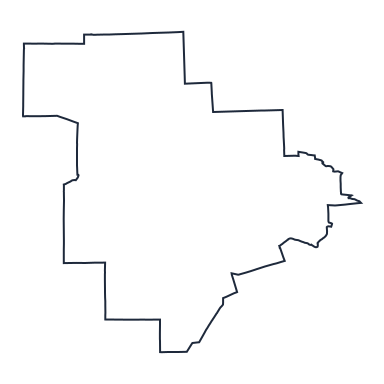 the district of Gogosari, Giurgiu, Romania
{"feature_id": "2599482B84507417435339", "entity_name": "Gogosari", "entity_type": "district", "adm_level": 2, "iso_a3": "ROU", "parent_name": "Romania", "parent_adm1": "Giurgiu", "projection": "equal_earth", "projection_center": [25.692, 43.875], "detail": "fine", "context": "isolated", "style": "outline", "palette": "slate", "viewbox_px": 384, "rotation_deg": 0, "n_neighbors": 0, "source": "geoboundaries", "source_scale": "gbopen_adm2", "svg_char_len": 5704}
<svg xmlns="http://www.w3.org/2000/svg" viewBox="0 0 384 384"><path d="M202.3,336.7L204.6,332.6L206.1,329.8L207.2,328.2L208.8,325.5L208.9,325.3L209.1,325.0L209.8,324.0L211.7,320.9L212.4,320.0L212.5,319.7L214.0,317.5L215.2,315.6L216.0,314.4L216.2,314.0L216.4,313.7L217.1,312.9L217.5,312.1L218.8,310.0L219.7,308.5L220.2,307.8L220.5,307.4L221.5,306.4L222.3,305.5L222.9,304.7L223.0,304.5L223.0,304.2L223.1,302.8L223.1,301.0L223.1,299.7L223.1,298.7L223.1,298.3L223.2,298.0L223.3,298.0L223.6,297.9L224.4,297.6L226.6,296.7L231.5,294.4L234.1,293.2L236.9,292.2L237.1,292.1L236.5,290.1L233.4,279.8L232.1,275.7L231.8,274.7L231.6,273.3L237.6,274.6L238.2,274.7L238.6,274.7L240.2,274.2L245.9,272.6L250.5,271.2L255.4,269.6L256.5,269.2L257.5,268.9L264.9,266.5L274.1,263.9L274.3,263.9L276.7,263.3L280.9,262.0L284.7,260.9L283.3,257.2L280.2,248.2L279.9,248.2L279.7,247.9L279.7,247.7L279.6,246.9L279.3,245.9L279.7,245.8L280.2,245.5L281.4,244.5L282.3,244.0L282.6,243.7L283.4,243.0L284.3,242.3L286.0,241.1L287.2,240.1L287.7,239.9L287.9,239.7L288.0,239.6L288.2,239.2L288.3,239.1L289.8,238.5L290.2,238.4L291.0,238.4L291.7,238.5L292.1,238.6L292.8,238.8L293.6,239.1L294.6,239.6L294.8,239.6L295.6,239.8L296.2,239.9L297.8,240.1L298.3,240.2L299.1,240.5L299.3,240.6L299.5,240.7L299.7,240.8L300.4,241.1L301.9,241.7L303.3,242.1L304.9,242.8L305.7,242.9L306.7,243.1L307.3,243.2L308.1,243.6L308.3,243.7L308.4,243.8L308.8,244.3L309.3,244.5L309.7,244.7L310.5,244.9L310.8,244.9L311.3,244.8L311.4,244.7L311.8,245.0L312.4,245.5L313.0,245.8L314.3,246.7L315.0,247.0L315.7,247.2L316.3,247.2L316.7,247.1L317.5,246.8L317.6,246.6L317.8,245.6L317.8,244.8L317.6,243.5L317.8,243.5L317.8,243.1L318.0,242.5L318.9,241.5L320.0,240.5L320.2,240.2L322.2,239.0L322.8,238.4L324.3,237.4L324.9,236.8L325.8,235.9L326.4,234.9L326.7,234.5L326.9,233.9L327.0,233.3L327.0,232.9L327.0,232.7L327.0,231.7L327.1,231.2L327.0,230.4L326.9,229.1L326.9,228.7L326.8,228.0L326.8,227.6L326.8,227.3L326.8,227.1L327.0,226.9L327.2,226.7L327.5,226.6L328.0,226.4L328.6,226.3L331.2,226.7L332.0,224.1L332.1,223.8L332.0,223.6L331.2,223.2L329.9,222.8L329.1,222.6L328.9,222.5L328.8,222.3L328.6,221.9L328.4,221.1L328.4,219.7L328.4,213.7L328.1,207.7L327.8,205.1L333.5,205.4L334.9,205.5L336.3,205.4L345.0,204.6L348.3,204.2L357.5,203.2L361.0,202.9L359.9,201.8L359.7,201.6L359.6,201.4L359.3,201.2L358.5,201.0L357.3,200.6L356.4,200.2L355.7,199.7L354.2,199.1L353.6,199.1L352.9,199.0L352.3,199.0L351.0,198.5L350.4,198.3L349.5,198.2L348.6,198.2L348.4,197.6L348.5,197.4L350.2,196.3L351.6,195.4L351.3,195.3L350.1,195.3L348.6,195.1L347.8,195.0L346.0,194.8L342.9,194.5L342.4,194.4L341.5,194.3L341.4,194.3L341.3,194.2L341.2,194.1L341.0,193.6L341.0,192.2L340.9,191.8L340.7,187.2L340.7,183.9L340.5,180.6L340.5,179.0L340.5,177.1L340.7,175.2L342.2,173.1L341.3,172.7L340.5,172.4L338.4,171.4L338.1,171.3L337.9,171.3L336.1,171.5L334.8,171.6L334.1,171.6L333.4,171.3L333.3,171.2L333.2,171.2L333.4,169.5L333.4,169.3L333.4,169.2L332.0,167.5L331.6,167.1L331.0,166.5L330.7,166.4L330.1,166.2L328.3,166.0L327.5,166.0L327.1,166.1L326.7,166.2L326.1,166.2L325.7,166.1L322.5,163.5L322.4,163.3L322.4,163.1L322.7,162.8L322.9,162.7L322.6,162.3L322.5,162.2L322.6,161.9L322.8,161.8L322.3,161.3L321.9,161.0L321.7,160.6L320.8,160.2L320.4,160.1L318.5,159.6L317.7,159.4L317.2,159.4L316.5,159.2L315.1,158.9L315.1,157.9L314.9,156.7L314.7,155.4L314.1,155.4L313.6,155.3L313.0,155.3L312.4,155.2L311.9,155.1L310.8,155.0L309.9,154.9L308.7,154.8L307.9,154.6L307.5,154.3L307.0,153.8L306.9,153.6L306.3,153.2L305.6,153.0L304.5,152.8L298.4,151.8L298.4,153.0L298.4,153.6L298.4,154.2L298.6,156.0L297.2,155.9L295.2,155.7L284.3,156.0L284.3,155.9L284.1,150.1L284.2,148.7L284.1,146.2L283.8,140.5L283.6,137.1L283.5,132.9L283.1,124.6L282.6,110.0L265.5,110.5L262.5,110.5L246.1,111.0L213.1,112.0L212.6,104.7L211.8,93.6L211.8,92.8L211.3,82.9L211.2,82.8L207.9,82.7L184.9,83.7L184.7,76.4L183.3,31.8L178.3,32.1L168.9,32.5L162.4,32.7L152.5,33.0L141.9,33.5L125.6,34.0L122.4,34.1L118.6,34.2L114.9,34.3L110.0,34.5L106.1,34.5L96.9,34.7L95.1,34.8L93.2,34.8L91.6,34.4L91.6,34.6L91.4,34.6L90.3,34.6L84.1,34.6L84.1,37.0L84.1,43.8L80.0,43.8L74.5,43.7L64.3,43.7L62.7,43.7L59.8,43.6L54.6,43.6L54.4,43.7L52.5,43.8L42.4,43.6L39.2,43.6L37.4,43.6L37.0,43.7L33.5,43.7L30.1,43.6L27.7,43.6L23.9,43.6L23.9,44.6L24.0,48.0L24.1,48.3L24.0,48.5L23.9,49.9L23.6,65.2L23.6,71.2L23.4,80.4L23.4,82.3L23.3,92.4L23.3,94.2L23.2,104.0L23.2,106.3L23.0,114.8L23.0,115.5L23.1,116.3L25.5,116.3L25.9,116.2L26.0,116.1L30.2,116.2L35.3,116.2L39.0,116.2L46.1,116.1L57.1,115.8L58.2,116.2L60.1,116.9L67.0,119.2L70.5,120.5L72.6,121.3L77.9,123.2L77.7,125.4L77.5,129.2L77.1,138.9L77.0,143.0L77.0,143.3L77.1,143.6L77.1,144.7L77.0,148.3L77.0,152.8L77.0,155.1L77.0,164.3L77.0,165.5L77.1,167.4L77.3,172.5L77.4,174.7L77.7,174.7L77.9,174.7L78.3,174.8L78.4,175.0L78.5,175.3L78.5,175.5L77.8,177.5L75.8,180.2L75.4,180.1L75.1,180.1L74.5,180.0L74.2,180.1L73.4,180.1L72.5,180.3L72.0,180.5L71.5,180.7L71.2,181.0L70.5,181.5L67.3,183.0L66.3,183.6L65.6,184.0L63.8,184.5L63.9,185.6L63.9,190.3L63.8,191.8L63.9,192.2L63.9,194.3L64.0,200.5L63.8,210.2L63.7,218.9L63.9,240.7L63.9,243.3L63.9,244.0L63.8,249.6L63.8,253.4L63.8,260.9L63.8,262.8L63.8,263.1L76.7,262.9L85.0,263.0L87.8,262.9L93.9,262.7L96.7,262.7L98.7,262.7L105.1,262.6L104.9,270.7L105.0,272.8L104.9,273.8L104.9,280.1L105.0,290.1L105.0,291.0L105.0,292.4L105.1,297.2L105.1,297.4L105.2,299.4L105.3,301.1L105.3,305.4L105.4,312.9L105.3,315.1L105.3,319.5L131.7,319.7L143.2,319.6L148.8,319.7L154.6,319.6L160.0,319.6L160.0,322.4L160.0,324.6L159.9,333.1L159.9,339.2L160.0,340.7L160.1,352.1L161.7,352.2L168.0,352.0L178.0,352.0L186.8,351.8L191.5,344.3L192.4,343.0L197.6,342.4L199.1,342.3L199.2,342.2L199.3,342.0L202.3,336.7Z" fill="none" stroke="#1e293b" stroke-width="2"/></svg>